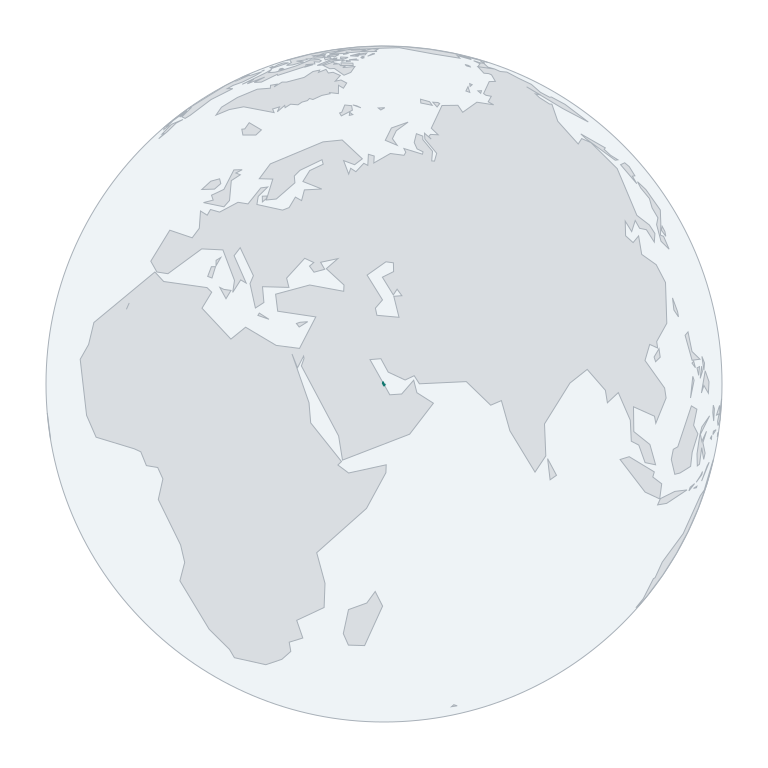 Al Janūbīyah on an orthographic globe
{"feature_id": "BHR-4926", "entity_name": "Al Janūbīyah", "entity_type": "Governorate", "adm_level": 1, "iso_a3": "BHR", "parent_name": "Bahrain", "parent_adm1": "", "projection": "orthographic", "projection_center": [50.722, 25.854], "detail": "fine", "context": "on_globe", "style": "filled", "palette": "teal", "viewbox_px": 768, "rotation_deg": 0, "n_neighbors": 0, "source": "natural_earth", "source_scale": "10m", "svg_char_len": 11003}
<svg xmlns="http://www.w3.org/2000/svg" viewBox="0 0 768 768"><circle cx="384" cy="384" r="338" fill="#eef3f6" stroke="#a8b0b8"/><path d="M476.8,59.1L476.6,59.0L481.9,60.7L478.0,59.8L462.0,55.7L459.2,55.4L469.0,58.0L471.3,59.6L457.3,55.6L459.8,58.2L433.5,54.0L399.3,47.7L381.8,48.2L338.7,50.2L339.7,50.7L324.0,53.2L319.3,55.1L312.7,55.8L314.7,56.9L321.6,55.9L324.9,56.2L322.7,57.6L313.9,58.4L313.7,57.9L309.9,58.9L306.4,58.9L307.0,59.7L296.5,61.2L303.6,61.8L292.6,64.9L286.5,65.4L291.4,62.5L289.6,59.6L286.3,60.5L309.6,54.4L333.3,49.9L357.3,47.1L381.4,46.1L405.5,46.8L429.6,49.2L453.3,53.3L476.8,59.1ZM249.6,74.0L242.8,77.0L240.6,78.0L249.6,74.0ZM225.3,85.6L235.5,80.5L235.7,81.1L248.4,75.6L250.4,75.4L261.7,71.8L255.3,75.7L242.8,81.9L233.1,85.4L227.4,88.6L232.8,88.6L211.0,99.6L190.2,115.3L185.1,118.4L181.9,116.8L191.6,107.3L187.8,108.8L225.3,85.6ZM187.3,109.2L185.3,111.8L172.5,121.0L168.4,124.6L166.3,126.9L169.2,125.2L163.8,129.6L164.0,127.5L168.9,123.4L168.8,123.8L173.3,119.9L173.2,119.9L187.3,109.2ZM47.3,413.1L48.5,423.3L50.6,439.2L47.3,413.1ZM483.4,61.1L486.2,62.0L487.8,62.5L483.4,61.1ZM264.5,70.0L263.1,70.9L261.7,71.1L264.5,70.0ZM270.7,67.8L270.1,67.5L272.9,66.4L273.3,66.7L270.7,67.8ZM483.2,62.0L484.8,63.2L480.4,61.2L483.2,62.0ZM270.8,68.7L278.1,64.7L283.1,63.0L288.6,62.8L270.8,68.7ZM483.9,63.4L487.9,67.1L494.6,69.0L477.9,66.7L480.0,63.7L473.6,60.7L480.2,62.8L483.9,63.4ZM324.8,55.1L317.3,56.1L325.5,54.2L324.8,55.1ZM329.3,53.9L350.0,49.2L360.0,48.9L351.1,50.2L365.7,49.6L360.4,51.7L351.2,52.5L345.7,52.1L347.9,53.4L329.3,53.9ZM468.0,65.3L466.6,65.9L465.0,64.5L468.0,65.3ZM326.8,56.3L330.1,55.0L339.0,54.6L334.1,57.0L332.8,56.3L326.8,56.3ZM372.1,48.7L377.9,49.2L375.2,50.9L377.0,51.5L361.1,51.8L372.1,48.7ZM329.7,57.1L331.3,58.4L325.2,59.9L324.2,57.5L329.7,57.1ZM343.4,53.6L347.4,53.7L343.6,54.4L343.4,53.6ZM304.3,67.3L308.0,65.2L313.0,64.7L304.3,67.3ZM332.3,58.8L334.5,58.3L336.8,58.0L336.6,59.3L332.3,58.8ZM360.3,53.2L358.0,54.1L366.7,53.1L365.1,54.9L354.7,54.9L358.5,55.7L358.0,56.3L350.1,55.8L360.3,53.2ZM343.6,59.9L329.9,61.4L321.9,65.0L317.2,65.4L331.0,59.6L343.6,59.9ZM348.1,57.4L344.3,59.0L340.4,58.4L340.7,57.0L348.1,57.4ZM367.6,56.2L372.9,53.5L374.9,53.7L367.6,56.2ZM342.0,61.0L345.4,60.6L341.9,61.3L342.0,61.0ZM360.6,57.7L362.2,56.5L364.5,56.7L360.6,57.7ZM350.8,61.2L346.3,61.5L346.3,60.4L350.8,61.2ZM355.9,59.6L358.7,60.2L349.0,59.8L356.2,59.0L355.9,59.6ZM362.6,58.0L364.4,57.7L361.6,58.5L362.6,58.0ZM353.2,65.5L341.0,65.4L341.1,62.8L352.9,63.2L353.2,65.5ZM86.6,415.4L80.2,359.3L88.6,344.5L93.9,322.5L154.9,272.0L163.7,281.5L207.0,287.6L211.7,292.2L202.0,308.2L230.9,339.1L245.6,327.2L276.2,345.4L299.5,348.4L315.8,316.9L277.7,311.2L275.6,294.2L309.7,285.0L343.7,291.3L344.0,285.0L326.3,268.7L337.9,258.6L320.6,262.3L324.7,269.3L314.0,272.2L309.5,266.1L313.8,262.5L304.7,258.3L286.6,278.1L288.9,287.4L262.5,286.7L263.9,302.5L255.4,308.0L250.0,283.6L253.4,275.7L240.2,247.7L234.1,255.7L246.2,283.1L240.7,279.9L232.7,292.4L234.5,280.4L222.9,249.9L201.7,248.9L167.9,273.7L156.9,272.0L150.8,261.2L169.8,230.2L192.2,237.8L199.3,228.3L200.5,211.0L207.2,215.2L210.5,209.5L219.6,212.1L238.0,202.3L248.0,203.9L260.8,187.9L267.7,187.0L258.2,196.4L256.9,204.5L282.6,210.1L289.1,207.6L295.4,197.1L301.6,200.6L304.4,189.9L321.8,189.0L302.9,181.5L309.7,170.6L323.2,164.2L322.0,159.7L300.0,170.3L294.3,176.0L294.9,182.8L276.3,199.0L266.3,200.0L272.8,179.1L259.3,178.7L270.3,163.9L323.0,141.9L342.2,140.0L362.3,158.8L354.6,164.7L343.6,160.6L348.7,174.1L350.7,168.3L355.9,171.7L363.8,163.3L367.8,165.4L368.4,154.3L374.2,156.0L373.8,163.0L390.4,153.5L404.0,155.3L405.8,152.3L403.9,148.5L422.5,154.2L423.0,151.8L417.1,148.9L414.2,142.5L416.4,133.7L422.8,136.1L422.8,139.6L432.5,151.2L431.7,160.9L434.5,161.1L436.7,153.3L424.9,139.1L424.5,133.2L431.2,139.1L428.7,136.5L430.5,134.4L438.2,134.8L431.3,128.2L442.0,105.5L457.9,105.3L462.7,112.3L476.9,102.2L493.7,104.8L488.2,101.8L491.3,96.3L486.0,95.3L483.6,93.6L489.2,81.6L495.4,81.4L491.5,74.8L488.7,73.6L483.9,73.2L477.9,66.7L494.6,69.0L500.2,71.5L506.9,72.1L518.6,78.3L531.4,84.4L540.4,92.3L549.7,97.3L551.3,97.0L565.1,104.4L588.3,122.0L562.7,108.5L526.6,86.8L540.7,95.1L535.5,93.9L539.3,97.5L549.5,104.0L551.9,104.2L557.8,121.3L578.2,144.0L581.7,138.6L590.9,142.6L617.2,168.6L636.9,215.4L649.4,225.0L654.9,233.5L654.3,242.1L646.4,229.7L639.6,228.3L635.2,220.5L631.7,231.6L625.2,221.1L625.6,235.8L633.1,242.6L638.6,235.9L641.7,254.4L656.2,264.7L665.5,282.5L666.8,323.3L656.7,341.5L657.6,348.0L649.7,344.4L645.0,360.5L664.6,388.0L666.1,398.0L655.8,423.3L654.5,416.2L633.5,406.8L633.8,431.6L649.9,444.5L655.6,464.8L645.1,462.6L638.8,445.1L631.3,441.2L630.3,420.2L618.3,392.6L607.4,402.8L605.4,390.3L587.2,369.4L569.9,383.1L544.5,423.9L545.8,455.9L535.0,472.1L509.9,430.8L501.4,400.6L490.7,405.2L466.3,381.6L419.4,383.8L414.2,375.7L405.1,380.0L388.2,372.1L380.9,358.7L370.0,359.6L389.8,394.8L401.7,394.0L413.7,380.2L416.9,392.7L433.4,403.2L409.6,434.2L342.5,460.1L338.6,435.9L301.4,365.9L304.0,358.5L303.9,357.7L303.6,356.1L297.5,367.8L292.0,354.0L309.0,402.7L310.7,422.9L341.5,461.5L337.9,465.0L348.6,473.0L386.2,464.8L385.9,472.7L366.5,508.4L316.7,552.7L325.0,583.3L324.1,607.5L296.7,620.3L302.8,638.0L289.2,642.2L290.8,651.4L281.9,659.3L265.8,664.7L234.4,657.7L229.5,649.4L209.2,629.3L179.9,580.8L184.7,562.4L180.6,544.9L158.3,499.5L162.9,478.9L157.7,467.5L146.4,465.6L140.8,451.8L134.3,448.8L96.1,437.2L86.6,415.4ZM129.2,303.0L126.4,309.3L129.2,303.0ZM376.9,315.3L399.0,317.3L393.8,296.3L401.9,295.7L397.1,289.2L393.3,294.9L382.4,277.2L393.6,271.6L393.4,262.8L385.9,261.8L367.1,275.1L382.5,299.9L375.4,308.1L376.9,315.3ZM172.5,121.1L172.3,121.4L169.2,124.4L168.8,124.4L172.5,121.1ZM167.3,131.7L158.7,138.7L164.5,133.3L162.1,134.0L171.3,124.4L183.0,119.5L176.1,123.1L167.3,131.7ZM186.8,111.3L179.7,117.2L187.0,111.0L186.8,111.3ZM219.6,178.8L220.8,183.6L214.5,189.1L201.8,189.5L210.8,181.2L219.6,178.8ZM223.9,189.4L233.9,169.9L242.2,169.7L235.9,173.0L240.3,174.8L231.3,180.6L229.5,200.5L223.9,206.8L203.5,202.6L213.2,200.1L211.5,195.2L223.9,189.4ZM244.8,128.9L249.2,122.7L261.4,129.9L255.9,135.0L242.9,135.0L241.8,129.2L244.8,128.9ZM279.1,70.0L280.0,68.8L282.4,68.3L283.7,69.0L279.1,70.0ZM305.6,66.4L277.7,75.4L277.3,74.3L261.4,82.1L254.2,82.4L264.7,77.1L247.3,83.8L253.9,79.2L242.2,84.3L266.4,72.5L271.7,69.3L268.6,72.6L275.0,72.2L279.4,71.1L295.8,66.0L310.3,60.0L319.0,59.5L321.3,60.8L319.2,62.1L314.2,61.8L314.9,63.9L306.0,64.6L305.6,66.4ZM343.4,88.2L338.5,85.3L338.4,93.6L329.6,92.6L330.1,93.7L321.9,95.4L312.9,99.5L309.5,98.5L307.4,100.6L302.0,102.1L298.0,104.8L290.6,104.2L285.1,107.7L284.7,105.4L277.3,111.8L279.5,106.9L272.6,109.0L274.1,112.6L243.7,106.8L229.2,109.6L216.0,115.1L221.5,107.2L237.4,97.5L257.3,89.2L270.4,88.2L270.5,85.3L276.8,84.2L274.1,86.9L282.1,82.1L286.5,82.1L304.2,77.4L313.0,71.5L319.7,70.1L318.5,72.4L326.0,69.4L328.3,73.0L333.1,72.3L340.3,75.5L335.2,81.2L341.0,80.0L346.7,83.0L343.4,88.2ZM354.9,66.5L350.8,72.4L344.0,75.2L334.4,68.5L329.7,68.7L323.3,65.5L333.4,61.9L334.3,63.0L337.5,63.4L333.1,64.3L339.0,63.8L340.5,65.6L345.5,65.9L342.8,67.6L354.9,66.5ZM219.8,287.4L223.9,289.4L231.0,290.4L226.0,298.7L219.8,287.4ZM211.4,266.7L215.5,266.7L212.0,278.0L207.7,276.4L211.4,266.7ZM220.8,257.5L216.0,265.8L216.1,260.3L220.8,257.5ZM262.3,196.2L267.1,196.0L266.4,198.6L262.4,201.9L262.3,196.2ZM341.3,115.9L339.6,113.0L341.8,112.2L344.8,105.0L351.6,105.7L352.4,110.2L341.3,115.9ZM307.7,321.7L299.2,327.0L296.4,323.5L299.9,322.3L307.7,321.7ZM259.3,313.1L269.0,319.3L257.9,315.4L259.3,313.1ZM349.3,115.4L349.7,112.3L352.8,114.6L349.3,115.4ZM356.7,105.8L360.9,107.8L352.8,104.9L356.7,105.8ZM453.8,704.7L457.2,705.8L451.5,706.7L453.8,704.7ZM382.6,606.1L364.6,645.6L348.4,645.1L343.3,633.6L348.5,609.6L366.8,603.0L375.2,591.5L382.6,606.1ZM693.5,488.4L696.9,486.2L696.5,487.7L693.5,488.4ZM690.2,487.2L694.6,483.6L688.9,490.9L690.2,487.2ZM696.2,482.3L700.6,475.5L702.5,471.5L701.8,474.7L696.2,482.3ZM687.0,489.9L666.6,503.4L657.6,504.9L660.4,498.6L674.9,491.4L687.0,489.9ZM659.7,498.9L645.1,492.1L620.1,459.5L629.2,456.7L654.3,471.9L652.8,477.0L661.7,483.8L659.7,498.9ZM692.2,452.2L690.6,466.4L680.0,473.0L674.8,474.3L671.3,459.4L673.3,449.3L677.8,446.8L691.4,405.9L696.9,409.2L693.6,425.3L697.9,433.8L692.2,452.2ZM547.6,458.6L556.5,475.3L550.1,479.8L547.6,458.6ZM694.1,380.3L690.5,398.0L692.8,376.3L694.1,380.3ZM693.7,361.3L695.4,367.7L692.0,363.1L693.7,361.3ZM660.2,357.2L655.6,361.7L654.1,357.0L659.0,348.7L660.2,357.2ZM672.5,297.9L677.6,311.7L678.5,316.9L673.9,310.0L672.5,297.9ZM408.1,122.1L396.3,130.7L392.4,138.7L397.2,145.3L385.3,140.3L391.4,128.0L408.1,122.1ZM437.1,107.0L432.8,102.2L437.9,102.5L439.7,103.6L437.1,107.0ZM432.2,105.3L420.8,103.0L420.5,99.2L429.6,101.7L432.2,105.3ZM384.8,107.7L380.8,110.0L378.3,108.0L384.8,107.7ZM647.4,595.7L639.2,605.2L635.9,607.8L643.3,598.6L653.4,578.7L655.1,577.7L662.3,562.0L683.2,533.6L700.3,495.8L704.3,490.0L712.0,463.7L713.4,459.5L706.8,484.1L698.3,508.1L688.1,531.4L676.2,553.8L662.6,575.3L647.4,595.7ZM701.6,481.1L707.2,465.8L709.2,462.2L701.6,481.1ZM719.9,420.6L720.0,419.7L718.0,425.6L717.6,421.3L719.1,413.8L716.5,415.1L719.6,405.4L719.9,415.4L721.2,401.5L721.6,398.8L719.9,420.6ZM717.7,433.4L718.1,432.2L717.3,437.1L717.7,433.4ZM711.8,435.5L711.4,439.3L710.3,438.3L711.8,435.5ZM713.4,431.2L716.1,429.7L712.9,434.6L713.4,431.2ZM700.4,434.4L701.9,441.3L706.5,431.3L702.9,442.6L705.1,453.1L703.7,459.4L701.7,447.7L699.5,464.2L697.3,465.9L697.0,453.9L699.7,435.7L701.8,427.0L709.6,415.8L700.4,434.4ZM713.7,421.0L712.8,412.6L713.3,405.1L714.4,408.7L713.7,421.0ZM708.4,393.2L703.9,385.5L701.4,393.0L705.2,370.8L709.0,381.8L708.4,393.2ZM702.4,371.5L700.2,378.4L701.6,366.2L702.4,371.5ZM698.7,375.4L697.0,367.9L699.5,366.6L698.7,375.4ZM703.9,370.3L701.9,356.4L704.5,363.0L703.9,370.3ZM692.0,351.5L700.0,359.2L692.1,360.3L685.1,335.3L688.0,331.9L692.0,351.5ZM665.8,236.3L661.4,230.2L662.1,226.2L664.9,231.5L665.8,236.3ZM660.3,210.0L660.8,223.3L660.5,235.1L663.6,236.4L669.1,249.2L661.0,241.2L656.6,224.6L657.9,217.8L652.1,207.9L649.4,198.5L640.7,187.9L637.5,181.7L645.9,189.6L660.3,210.0ZM636.8,183.7L620.6,164.7L624.7,162.8L629.2,166.6L634.9,175.8L632.4,176.2L636.8,183.7ZM617.9,159.8L615.2,160.2L585.9,138.7L580.8,133.9L605.3,147.9L604.1,149.3L610.6,155.3L617.9,159.8ZM470.3,66.9L466.9,66.0L469.9,66.1L470.3,66.9ZM480.7,93.3L477.9,90.9L481.5,90.7L480.7,93.3ZM472.2,84.7L470.1,86.5L469.7,83.6L472.2,84.7ZM465.9,91.0L468.0,86.7L469.8,92.4L465.9,91.0Z" fill="#d9dde1" stroke="#a8b0b8" stroke-width="1"/><path d="M383.4,382.6L383.5,382.8L383.5,383.3L383.4,384.0L383.2,384.4L383.1,384.2L383.0,383.8L382.9,383.7L382.7,383.4L382.6,383.2L382.7,382.9L382.8,382.9L383.0,382.8L383.0,382.5L383.0,382.4L383.2,382.5L383.3,382.4L383.4,382.6ZM384.3,384.8L384.4,384.7L384.4,384.8L384.4,385.0L384.2,385.1L384.3,385.2L384.3,385.3L384.2,385.3L384.3,385.4L384.2,385.5L384.1,385.4L384.1,385.2L384.2,384.9L384.3,384.8ZM384.4,385.2L384.5,385.2L384.5,385.3L384.4,385.3L384.4,385.2L384.4,385.2ZM384.4,385.0L384.5,385.0L384.4,385.1L384.4,385.0Z" fill="#14b8a6" stroke="#0f766e" stroke-width="1.5"/></svg>